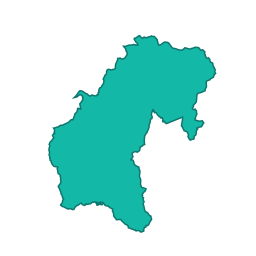 the district of Na Hang, Tuyên Quang, Vietnam, rotated 196°
{"feature_id": "81297802B32233799995516", "entity_name": "Na Hang", "entity_type": "district", "adm_level": 2, "iso_a3": "VNM", "parent_name": "Vietnam", "parent_adm1": "Tuyên Quang", "projection": "natural_earth1", "projection_center": [105.425, 22.448], "detail": "fine", "context": "isolated", "style": "filled", "palette": "teal", "viewbox_px": 256, "rotation_deg": 196, "n_neighbors": 0, "source": "geoboundaries", "source_scale": "gbopen_adm2", "svg_char_len": 5802}
<svg xmlns="http://www.w3.org/2000/svg" viewBox="0 0 256 256"><g transform="rotate(196 128 128)"><path d="M198.0,108.1L199.5,107.4L198.8,106.9L197.9,105.4L197.7,104.3L197.8,102.8L197.5,102.4L197.2,102.4L198.0,101.4L198.6,100.3L198.3,99.7L196.9,98.4L196.7,97.8L197.6,96.2L197.6,95.0L197.9,94.4L198.8,93.8L199.3,90.5L198.8,90.0L198.2,89.1L198.3,87.4L198.1,85.6L197.8,84.8L196.7,82.9L196.4,80.2L195.4,79.1L194.9,77.4L194.3,76.5L194.0,75.6L193.0,75.2L191.9,73.3L190.9,72.3L189.1,71.0L188.3,70.7L185.7,71.1L184.7,70.9L184.9,69.6L184.5,68.6L183.7,67.5L182.9,65.4L182.4,64.9L180.6,64.3L179.9,63.8L179.7,62.5L178.8,61.2L178.7,60.2L177.6,57.6L177.8,55.8L178.9,53.0L178.7,52.1L177.5,51.2L176.1,49.2L175.1,48.3L174.2,46.2L172.4,44.6L171.7,42.9L170.3,42.1L170.8,40.7L170.6,37.7L171.5,36.0L171.4,35.1L170.5,35.0L169.4,34.3L168.9,34.6L168.4,34.6L164.1,33.6L162.9,33.7L161.6,34.5L160.9,34.7L158.9,34.3L157.6,34.8L157.0,37.3L156.0,39.2L154.9,39.8L152.7,42.7L152.2,42.9L151.0,41.9L149.9,41.6L148.8,41.8L148.3,41.6L147.4,42.8L147.3,43.6L146.5,43.4L145.5,43.7L143.5,44.7L142.9,45.1L142.1,46.4L141.2,47.2L140.5,47.1L139.6,47.7L138.4,47.6L137.6,48.1L137.3,48.0L137.7,47.2L137.8,46.8L137.6,46.6L136.9,46.9L136.6,46.7L136.5,46.4L136.9,45.6L136.8,45.4L135.7,45.5L135.1,47.0L135.4,48.1L134.5,48.4L134.2,49.2L134.0,49.4L133.8,49.3L133.7,48.3L134.0,46.8L132.1,47.0L131.6,47.3L131.6,48.1L132.0,49.2L131.8,49.6L130.4,48.7L128.5,47.2L125.3,47.4L123.7,46.5L120.3,45.8L120.1,43.9L118.5,42.2L117.5,39.6L116.5,38.5L114.9,37.7L114.0,36.6L109.8,38.1L108.8,37.2L104.2,34.8L102.5,34.7L102.1,34.3L100.7,33.8L100.4,32.6L100.0,32.1L99.1,32.3L96.7,31.9L95.9,32.1L93.8,31.6L92.9,32.0L92.0,31.3L89.9,32.3L89.0,32.4L88.5,32.3L87.7,31.6L86.3,31.7L85.6,32.5L84.5,33.2L84.6,34.0L84.9,34.4L84.8,37.0L83.5,37.7L83.9,39.0L83.7,39.4L82.3,39.5L81.9,39.9L81.2,42.0L81.2,43.3L80.2,46.4L80.2,47.0L81.0,48.0L81.7,49.6L83.5,49.9L85.5,51.8L87.0,52.3L87.9,52.4L88.7,52.8L89.4,53.8L91.4,57.6L92.6,59.0L92.6,60.0L92.2,61.1L92.2,61.5L93.7,63.2L93.9,65.2L95.2,65.7L95.4,66.0L95.5,66.6L95.4,67.4L96.0,68.1L95.4,70.0L94.1,72.2L93.9,74.5L96.5,74.7L97.8,74.6L98.2,74.7L99.0,75.2L100.5,77.3L101.5,81.8L103.7,84.6L103.9,85.4L104.3,88.5L104.7,90.0L106.0,91.5L106.7,93.3L110.0,93.9L111.6,94.6L112.3,95.2L113.0,96.7L114.1,98.3L114.9,98.5L116.4,98.2L116.4,99.4L115.5,100.7L115.4,101.6L115.5,102.2L116.8,103.6L117.0,104.6L116.6,105.6L115.5,106.7L113.9,107.5L112.4,107.3L111.0,109.0L110.7,109.6L110.7,110.4L111.0,113.3L109.8,114.0L109.2,114.8L108.5,116.1L107.6,116.6L107.4,117.0L108.0,117.7L109.3,121.9L109.3,122.9L109.8,124.4L109.3,127.1L108.5,128.9L108.3,131.3L108.0,133.4L108.0,135.0L108.5,136.3L108.3,140.2L108.8,142.2L108.6,142.8L107.7,143.6L107.6,144.2L107.9,145.6L108.8,146.5L109.4,148.1L109.2,152.4L108.7,152.4L108.1,151.9L107.8,150.9L107.0,150.7L106.7,150.1L105.6,150.7L103.5,149.0L100.9,147.4L99.4,147.3L99.2,146.7L98.7,146.7L97.9,147.2L96.8,145.8L96.6,145.3L96.7,144.4L96.3,143.6L95.9,143.6L95.1,144.5L93.8,143.3L92.3,142.8L78.6,153.5L78.0,151.4L77.6,148.8L77.6,147.0L77.2,146.4L77.4,145.1L76.9,144.6L75.7,143.6L73.2,140.8L70.5,140.7L69.3,139.8L68.2,138.4L67.9,136.2L66.3,134.4L65.4,134.0L64.8,133.5L63.8,134.3L63.5,134.9L62.4,135.0L61.7,135.6L61.6,136.4L62.2,138.1L60.9,140.0L61.0,142.2L61.5,143.8L61.4,144.8L60.8,145.9L61.0,146.3L61.9,146.9L61.8,147.1L60.5,147.6L60.0,148.4L58.3,149.1L57.8,149.6L57.2,151.2L57.1,152.8L56.5,153.7L58.5,155.4L61.2,154.2L65.6,154.2L65.9,154.8L66.0,158.4L65.6,160.4L66.6,162.1L66.9,163.3L67.3,163.7L68.2,164.0L68.7,164.7L69.8,163.8L70.6,163.9L71.5,164.4L71.0,166.8L71.4,168.1L69.9,170.8L69.6,171.7L69.7,173.1L70.8,178.3L70.7,179.7L70.5,180.4L70.0,180.9L67.2,182.5L64.1,185.2L64.5,186.6L64.0,188.8L64.0,189.5L65.3,193.0L65.6,194.4L64.4,195.6L62.6,196.9L62.0,198.3L59.9,200.3L59.8,202.2L60.0,203.0L58.8,204.5L60.0,205.8L60.3,208.2L61.0,208.7L62.0,210.1L63.4,211.3L63.9,212.5L64.6,213.8L65.2,214.0L66.3,214.0L67.1,214.3L68.1,215.7L68.3,216.6L69.1,216.9L70.0,217.7L71.2,216.8L72.1,217.1L73.7,218.9L73.9,219.7L74.6,220.2L74.9,220.8L75.1,222.3L75.2,222.5L76.1,222.7L77.1,223.5L77.8,223.7L78.2,223.7L79.0,222.9L79.7,222.9L81.7,224.4L82.4,224.7L84.9,224.3L86.0,224.0L87.7,222.5L88.8,222.1L89.5,221.3L90.2,220.9L95.4,220.8L96.7,218.6L97.9,217.5L100.9,217.1L102.9,217.3L105.5,217.3L106.7,217.0L107.9,217.5L112.3,220.9L113.6,221.2L116.5,220.7L117.5,219.7L119.2,217.4L121.0,216.2L122.3,217.3L124.1,220.5L124.3,221.0L127.1,222.8L128.2,223.2L129.6,222.8L131.1,222.9L132.0,221.7L133.5,221.2L134.9,219.9L136.4,219.7L137.4,219.9L138.1,219.4L138.7,218.2L140.2,218.6L142.1,219.9L142.7,219.9L145.5,216.5L146.6,216.0L146.7,215.5L146.4,215.0L144.3,213.0L142.2,211.8L141.4,210.3L145.9,209.7L147.0,208.9L150.0,207.9L153.0,205.7L154.8,205.4L154.2,204.8L152.2,203.6L150.9,201.4L149.6,200.2L149.2,199.2L149.2,198.1L150.1,194.9L150.8,193.8L152.7,192.6L154.9,193.1L155.8,192.4L157.1,192.1L156.8,190.6L157.4,185.6L157.0,183.1L156.4,182.0L156.6,181.6L157.6,180.6L158.2,180.2L158.8,180.1L160.1,179.1L161.9,179.2L163.1,179.0L164.1,177.8L164.2,176.7L163.7,173.9L164.7,172.4L164.8,170.8L165.3,168.8L165.1,167.8L164.4,167.4L164.1,166.6L163.8,164.0L164.8,161.4L165.0,159.6L166.2,158.7L166.5,157.2L166.5,156.2L165.7,154.9L166.5,153.8L165.8,151.9L166.9,151.4L167.1,150.6L167.6,150.1L169.2,149.7L171.8,149.8L173.1,148.2L175.0,148.5L176.3,149.4L178.6,149.7L181.7,150.8L183.4,150.8L184.3,150.6L184.9,150.1L186.8,144.6L188.1,142.4L185.8,143.7L183.8,146.4L183.1,147.0L182.7,147.0L181.5,146.3L180.4,146.1L179.6,143.9L179.7,143.6L179.4,143.1L179.3,141.8L179.7,141.3L180.1,139.9L181.0,137.9L178.6,133.2L181.4,133.2L181.8,133.0L181.5,131.3L181.6,129.5L182.0,128.5L182.9,127.1L182.9,124.6L183.3,120.7L184.9,120.3L186.9,116.9L187.7,116.1L188.8,115.3L192.0,112.4L193.2,112.2L194.2,111.4L195.7,109.5L197.0,109.0L198.0,108.1Z" fill="#14b8a6" stroke="#0f766e" stroke-width="1.5"/></g></svg>